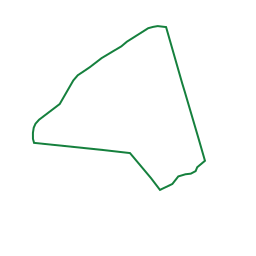 the district of Montanhas, Rio Grande do Norte, Brazil, rotated 147°
{"feature_id": "56859067B36575114506643", "entity_name": "Montanhas", "entity_type": "district", "adm_level": 2, "iso_a3": "BRA", "parent_name": "Brazil", "parent_adm1": "Rio Grande do Norte", "projection": "mercator", "projection_center": [-35.285, -6.496], "detail": "fine", "context": "isolated", "style": "outline", "palette": "green", "viewbox_px": 256, "rotation_deg": 147, "n_neighbors": 0, "source": "geoboundaries", "source_scale": "gbopen_adm2", "svg_char_len": 550}
<svg xmlns="http://www.w3.org/2000/svg" viewBox="0 0 256 256"><g transform="rotate(147 128 128)"><path d="M214.9,166.7L160.5,122.8L140.0,105.9L136.0,73.4L135.6,68.0L134.9,58.7L121.3,56.9L112.2,60.0L105.0,57.9L100.2,55.5L94.8,55.0L91.3,57.4L81.3,58.6L74.5,81.0L60.7,127.3L58.2,136.0L41.1,191.9L47.6,197.3L51.8,199.1L56.7,200.7L81.9,201.0L89.2,200.1L98.5,200.5L112.0,201.0L127.0,199.8L141.4,199.6L147.9,197.7L172.2,185.3L198.0,183.4L203.2,182.0L206.9,179.6L210.4,175.7L213.6,170.7L214.9,166.7Z" fill="none" stroke="#15803d" stroke-width="2"/></g></svg>